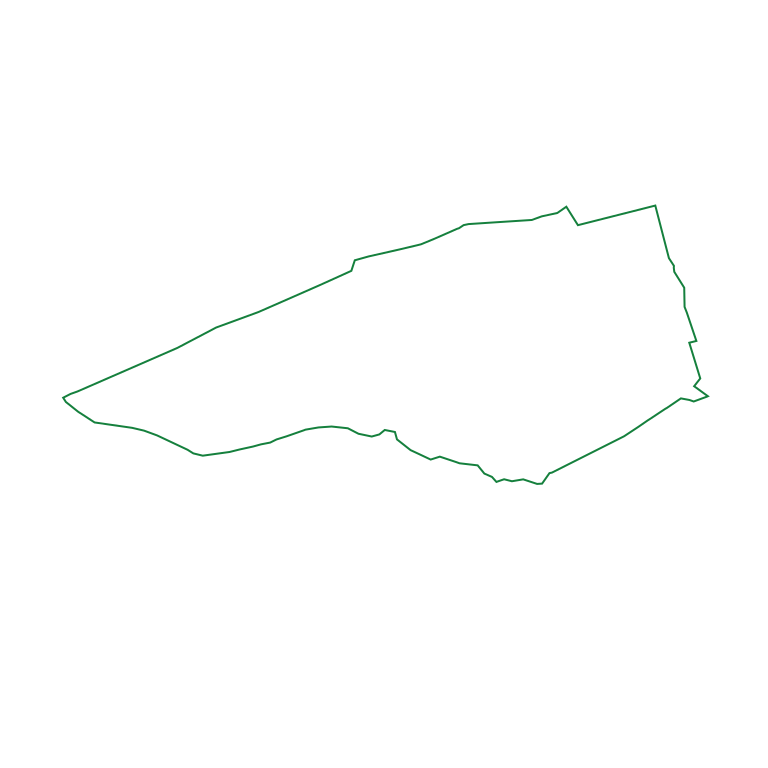 the district of Dededo, Guam, rotated 256°
{"feature_id": "77769853B76375240183470", "entity_name": "Dededo", "entity_type": "district", "adm_level": 2, "iso_a3": "GUM", "parent_name": "Guam", "parent_adm1": "", "projection": "albers", "projection_center": [144.841, 13.576], "detail": "fine", "context": "isolated", "style": "outline", "palette": "green", "viewbox_px": 768, "rotation_deg": 256, "n_neighbors": 0, "source": "geoboundaries", "source_scale": "gbopen_adm2", "svg_char_len": 1310}
<svg xmlns="http://www.w3.org/2000/svg" viewBox="0 0 768 768"><g transform="rotate(256 384 384)"><path d="M350.2,697.5L380.0,695.1L386.1,694.3L404.8,698.6L422.6,692.8L426.7,693.3L428.5,693.9L437.2,690.9L491.5,690.4L491.2,610.6L511.9,603.8L508.0,593.5L508.5,577.6L507.4,567.1L514.2,529.7L518.7,504.8L518.9,499.7L517.0,494.4L516.9,492.5L512.6,467.3L510.6,453.7L510.6,449.8L510.8,431.9L511.5,400.0L511.1,385.6L501.7,379.7L495.3,344.6L484.2,279.6L479.4,234.8L469.0,192.2L450.9,84.7L450.2,77.5L448.3,69.4L443.5,71.0L431.1,80.5L430.0,81.5L429.5,82.0L416.7,93.9L402.4,129.0L396.8,139.9L389.0,151.4L367.7,177.5L362.8,182.2L358.3,190.8L355.4,217.7L355.4,228.0L355.0,241.8L355.2,250.0L354.7,259.4L356.2,266.3L356.8,276.7L358.5,295.3L358.7,296.7L357.7,309.9L355.4,322.9L349.8,338.2L341.9,347.2L336.0,359.4L336.2,367.3L339.2,373.6L334.8,383.0L327.1,383.2L313.4,393.8L307.0,401.7L299.4,411.0L300.0,420.6L290.8,435.1L288.8,438.1L282.4,455.2L272.8,459.7L267.7,466.3L261.8,469.4L262.3,474.9L262.5,477.5L259.3,483.5L258.7,484.6L257.8,496.0L250.0,508.4L249.1,513.3L257.5,523.0L257.4,525.5L275.2,604.3L280.9,620.5L285.0,631.4L285.1,631.8L292.1,651.6L292.1,652.0L298.2,668.6L294.6,676.5L292.1,680.3L293.6,694.3L293.8,695.3L306.8,684.4L312.9,692.2L350.2,690.2L350.2,697.5Z" fill="none" stroke="#15803d" stroke-width="2"/></g></svg>